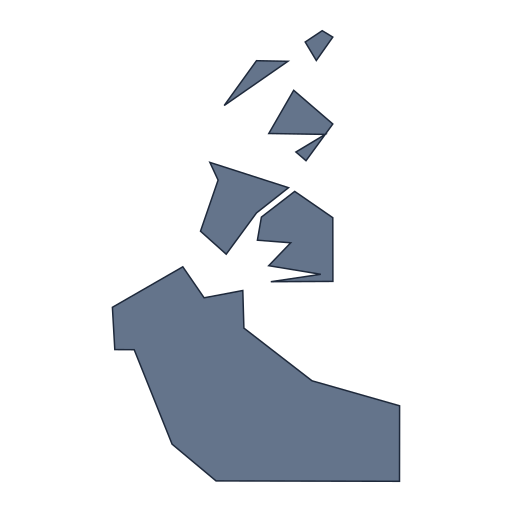 the Territory of Northwest Territories
{"feature_id": "CAN-635", "entity_name": "Northwest Territories", "entity_type": "Territory", "adm_level": 1, "iso_a3": "CAN", "parent_name": "Canada", "parent_adm1": "", "projection": "mercator", "projection_center": [-123.126, 69.383], "detail": "coarse", "context": "isolated", "style": "filled", "palette": "slate", "viewbox_px": 512, "rotation_deg": 0, "n_neighbors": 0, "source": "natural_earth", "source_scale": "10m", "svg_char_len": 680}
<svg xmlns="http://www.w3.org/2000/svg" viewBox="0 0 512 512"><path d="M112.4,307.3L182.8,266.8L204.1,297.8L242.8,290.5L243.9,328.1L312.0,380.8L399.6,405.8L399.5,481.3L216.0,480.9L172.1,444.2L134.2,349.7L114.8,349.6L112.4,307.3ZM332.9,281.4L270.8,281.7L320.8,274.3L268.7,265.7L290.7,242.8L257.4,240.2L261.4,217.1L294.7,191.4L332.8,217.7L332.9,281.4ZM288.5,187.7L256.5,212.9L226.2,254.2L200.5,231.2L218.1,180.1L209.9,162.4L288.5,187.7ZM332.8,124.0L306.0,160.7L295.9,152.0L325.2,134.4L268.8,133.5L293.7,90.3L332.8,124.0ZM287.9,61.3L224.2,105.5L256.5,60.7L287.9,61.3ZM332.8,37.1L316.3,60.5L305.2,42.0L322.2,30.7L332.8,37.1Z" fill="#64748b" stroke="#1e293b" stroke-width="1.5"/></svg>